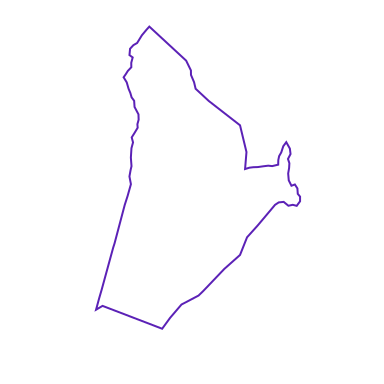 outline of Araruna, Paraíba, Brazil, rotated 289°
{"feature_id": "56859067B30270285588633", "entity_name": "Araruna", "entity_type": "district", "adm_level": 2, "iso_a3": "BRA", "parent_name": "Brazil", "parent_adm1": "Paraíba", "projection": "albers", "projection_center": [-35.727, -6.531], "detail": "fine", "context": "isolated", "style": "outline", "palette": "violet", "viewbox_px": 384, "rotation_deg": 289, "n_neighbors": 0, "source": "geoboundaries", "source_scale": "gbopen_adm2", "svg_char_len": 1234}
<svg xmlns="http://www.w3.org/2000/svg" viewBox="0 0 384 384"><g transform="rotate(289 192 192)"><path d="M49.5,139.6L55.2,144.5L53.0,208.3L66.0,212.3L82.2,218.7L96.2,231.9L101.9,234.8L129.8,247.6L148.1,257.9L167.1,258.8L181.7,265.0L206.9,274.7L210.4,277.4L212.5,281.9L210.4,287.6L212.7,291.5L213.0,295.5L218.4,297.2L222.8,295.7L224.7,292.6L229.7,290.5L232.6,286.8L230.3,284.0L234.5,279.7L240.8,276.9L246.3,276.0L250.9,274.7L254.5,272.0L260.0,272.8L264.9,270.4L269.8,264.9L265.0,263.4L258.5,263.5L254.3,262.7L250.3,263.2L245.9,264.6L242.6,259.4L241.7,255.5L239.4,250.8L237.0,246.1L235.4,241.9L233.7,238.4L231.0,234.7L247.5,230.5L265.2,219.2L270.7,215.7L283.5,178.3L290.8,161.8L296.5,158.2L302.4,152.9L306.6,151.4L314.3,143.7L334.5,97.8L330.5,96.1L323.9,93.6L315.0,91.6L311.8,88.8L307.3,86.8L301.1,88.3L299.9,92.1L294.4,92.5L290.2,94.0L285.6,91.9L282.1,91.1L278.2,90.0L274.4,94.6L269.0,98.4L265.5,101.5L261.8,104.1L259.4,107.6L253.7,110.0L248.0,116.1L243.0,118.0L238.3,118.3L235.1,119.7L228.5,118.3L224.0,117.2L219.7,120.1L213.7,120.5L204.6,123.0L196.7,126.4L192.7,126.8L186.3,127.8L179.5,131.7L167.3,132.4L157.9,132.6L118.1,135.5L113.7,135.6L70.1,138.4L61.6,138.8L49.5,139.6Z" fill="none" stroke="#5b21b6" stroke-width="2"/></g></svg>